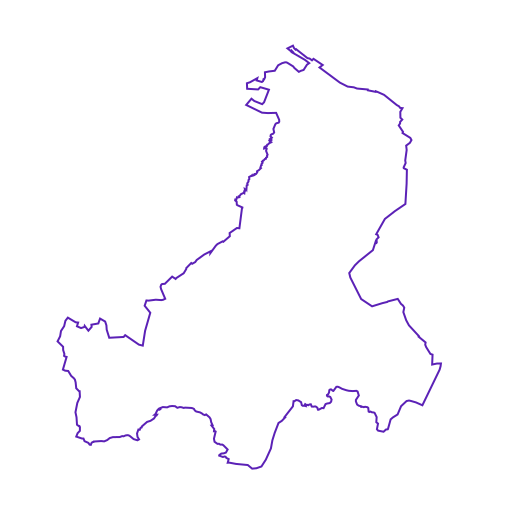 the district of Lūznavas pag., Rezeknes, Latvia, rotated 94°
{"feature_id": "27541924B86453491485354", "entity_name": "Lūznavas pag.", "entity_type": "district", "adm_level": 2, "iso_a3": "LVA", "parent_name": "Latvia", "parent_adm1": "Rezeknes", "projection": "albers", "projection_center": [27.295, 56.354], "detail": "fine", "context": "isolated", "style": "outline", "palette": "violet", "viewbox_px": 512, "rotation_deg": 94, "n_neighbors": 0, "source": "geoboundaries", "source_scale": "gbopen_adm2", "svg_char_len": 6088}
<svg xmlns="http://www.w3.org/2000/svg" viewBox="0 0 512 512"><g transform="rotate(94 256 256)"><path d="M464.2,269.8L464.0,268.3L464.8,261.5L465.1,249.6L468.4,245.0L467.7,240.8L465.6,235.9L458.5,232.0L446.9,227.7L438.7,226.8L431.1,225.0L421.0,221.9L418.7,218.8L415.0,215.7L414.7,216.3L403.4,208.7L398.2,208.4L398.2,207.6L396.9,205.9L397.1,203.7L398.7,200.8L401.6,199.9L402.2,198.8L402.0,197.5L402.2,196.3L401.1,197.0L400.3,196.6L401.3,194.9L400.9,194.2L401.2,193.3L400.4,192.4L400.1,191.0L402.3,189.9L402.3,188.3L401.9,186.5L402.2,185.5L403.1,184.2L405.0,183.5L405.0,182.8L403.0,179.6L403.1,178.0L398.9,176.3L398.2,174.8L397.6,172.2L396.1,170.9L393.9,170.6L391.4,172.1L391.0,173.2L391.1,174.8L390.4,175.5L389.7,175.5L388.9,174.4L387.0,173.6L384.7,173.5L383.9,172.6L383.9,171.6L385.1,170.0L385.2,169.4L380.9,166.7L380.7,165.3L381.2,163.7L382.5,160.9L383.6,156.5L384.0,154.0L384.0,150.1L383.5,146.4L384.1,145.2L388.0,143.7L392.6,146.3L394.1,146.2L397.1,144.8L398.1,143.2L398.6,140.6L399.2,140.5L399.0,138.9L399.3,137.9L398.8,136.7L399.1,134.2L399.8,133.4L403.3,132.8L403.7,132.1L403.2,130.9L403.8,129.6L403.9,127.5L404.3,126.7L408.3,124.4L413.4,124.4L414.7,122.6L420.4,123.3L421.7,122.0L422.4,116.5L420.0,114.2L419.7,112.5L419.4,112.3L409.6,110.3L407.5,108.2L404.2,103.7L395.7,100.8L390.2,95.7L389.5,93.3L389.8,91.3L390.9,86.2L393.3,79.6L356.6,64.9L353.2,64.2L350.3,64.0L350.7,68.2L352.0,72.7L342.1,73.0L341.5,75.2L335.0,79.9L332.7,81.0L330.4,80.8L325.2,88.1L324.7,87.8L314.5,98.6L309.6,101.7L301.7,105.1L297.2,104.5L295.2,105.9L293.6,108.1L288.9,111.6L292.1,121.2L292.7,121.9L294.2,126.6L298.1,136.7L291.6,148.1L270.9,160.4L266.5,161.8L258.4,156.7L254.1,152.9L242.0,139.8L234.3,137.9L234.8,137.7L234.8,136.9L234.1,136.5L231.0,136.9L228.8,135.0L226.4,136.2L225.9,137.6L210.0,130.0L201.4,120.4L193.7,110.6L173.4,110.8L159.4,111.5L158.1,114.7L157.3,114.9L152.8,113.2L150.3,113.8L139.7,113.1L135.4,113.9L132.4,110.4L129.5,109.0L127.4,110.3L123.1,118.4L121.9,118.0L115.8,122.7L113.7,121.5L112.2,121.6L109.7,119.6L108.0,121.6L102.1,122.1L98.3,120.2L98.2,122.5L96.7,123.8L95.6,126.1L86.3,139.5L84.0,145.8L83.3,148.0L83.9,148.1L82.9,156.0L82.1,156.1L81.9,166.9L80.9,170.2L80.6,176.4L77.2,184.4L63.5,205.8L60.8,202.8L55.3,212.4L56.9,213.8L55.3,216.3L55.0,218.5L46.9,230.4L47.4,230.9L45.9,232.6L43.6,233.8L46.7,239.1L49.3,235.4L48.5,235.0L50.0,233.3L50.5,234.0L56.9,220.9L59.9,216.4L61.6,218.5L67.1,221.5L68.2,224.3L69.3,226.1L65.7,230.9L64.3,232.1L61.0,238.3L60.7,239.4L60.8,240.6L61.8,243.4L64.2,247.2L69.9,250.2L71.0,255.9L72.1,259.9L77.0,259.4L79.2,260.2L79.1,260.8L81.1,261.2L82.0,262.3L80.8,267.6L78.5,267.1L83.1,274.1L84.3,277.1L89.8,276.5L89.7,265.5L87.3,263.5L89.2,254.7L102.1,258.7L104.1,260.4L101.5,268.5L99.4,271.5L106.0,276.3L112.6,260.0L112.6,254.1L111.8,245.9L118.5,242.4L120.4,242.2L121.4,242.7L122.2,245.0L123.2,245.9L128.0,247.5L131.5,246.5L132.8,247.4L133.5,249.0L134.2,249.7L135.6,249.9L136.8,248.5L138.0,249.9L138.2,248.8L139.2,248.7L139.5,250.3L140.0,250.7L141.4,248.7L142.0,249.5L142.1,250.3L143.8,251.7L144.2,252.6L145.8,252.9L145.9,254.2L146.9,255.3L148.2,255.4L147.6,253.6L148.3,252.8L150.4,253.3L154.2,251.5L154.9,252.0L156.4,251.8L157.3,252.9L158.3,252.9L158.6,253.9L160.1,255.0L160.5,255.9L161.4,255.9L161.6,256.5L162.7,256.0L163.8,256.9L164.9,256.7L165.1,257.2L167.5,257.8L168.0,257.2L170.2,259.2L171.4,260.9L172.4,260.6L174.1,261.6L174.3,262.8L174.8,262.6L175.4,263.3L175.2,263.8L176.0,264.5L176.2,265.2L175.7,265.5L176.5,266.0L176.4,266.4L177.7,268.4L179.8,268.0L180.8,268.8L182.3,268.7L184.1,269.8L185.6,269.3L186.2,270.2L190.2,270.2L189.8,270.5L190.6,271.1L190.1,271.8L191.5,271.5L191.5,271.9L192.2,272.3L192.6,271.9L194.2,272.0L193.8,272.6L195.5,275.5L197.0,276.3L197.6,277.3L198.5,276.8L199.0,278.5L198.8,279.1L201.2,279.6L201.1,280.6L202.0,280.7L203.2,279.1L206.2,278.7L206.6,278.2L208.8,272.2L208.9,273.3L229.5,274.5L229.4,277.0L234.9,283.9L238.1,283.5L244.1,289.6L243.7,290.3L246.8,295.3L248.5,296.8L256.3,301.7L254.5,301.7L258.1,307.7L264.1,314.9L266.3,316.2L268.2,319.1L267.5,320.1L272.9,324.7L273.9,324.7L278.2,326.9L283.6,334.0L284.5,334.6L282.4,338.2L290.1,345.0L290.5,347.7L291.2,348.5L293.4,349.1L295.8,348.3L305.0,343.6L306.2,345.7L306.6,347.3L306.6,352.9L308.0,360.0L308.0,362.2L313.4,363.6L320.0,357.5L338.3,361.4L353.3,362.7L352.6,366.6L344.1,381.0L346.0,382.4L347.8,396.7L339.9,399.8L335.6,400.4L331.9,401.9L329.3,407.2L334.3,408.6L336.0,415.4L338.2,415.0L342.2,418.0L337.7,422.0L338.7,422.1L340.1,425.5L338.6,429.7L334.8,428.8L334.7,431.3L330.6,439.4L333.9,441.6L339.4,442.5L344.4,445.3L349.8,445.8L355.0,448.0L360.0,442.1L363.3,441.8L367.1,440.3L369.0,440.5L369.5,439.7L369.9,437.9L382.8,440.7L383.7,438.4L383.8,435.3L388.5,432.0L390.7,429.1L392.0,428.0L394.7,427.1L400.5,426.1L403.2,423.1L403.2,422.5L408.9,421.8L415.0,424.0L424.5,425.2L429.4,423.8L436.8,422.8L438.3,420.5L438.1,420.2L439.0,419.7L442.7,419.5L445.2,421.6L448.7,422.7L450.2,416.9L450.1,415.4L452.7,414.1L454.1,410.2L455.8,408.8L455.9,407.6L454.1,407.1L453.1,406.2L452.8,405.0L452.4,404.9L451.4,397.5L451.5,394.5L450.0,391.6L447.8,389.2L446.7,386.2L446.1,379.3L445.0,376.9L445.1,375.5L444.1,373.6L443.7,371.8L443.8,370.5L444.5,369.1L447.2,365.3L448.1,361.4L447.1,359.9L444.7,361.6L441.3,362.3L437.3,361.2L437.5,359.9L435.4,359.1L435.0,358.1L433.9,357.9L429.1,353.1L427.8,349.8L425.2,346.4L422.2,344.8L422.1,344.2L421.2,343.7L421.4,346.0L420.6,345.2L417.0,343.8L415.4,342.5L416.1,341.8L415.5,340.7L414.3,340.9L414.1,340.1L414.7,339.5L413.9,339.9L413.2,338.4L413.2,334.1L412.0,331.8L411.5,329.2L411.5,326.2L412.9,323.9L412.0,321.4L412.1,319.6L412.6,317.5L412.2,316.2L412.1,310.1L412.3,308.6L412.9,307.2L414.3,306.3L415.3,304.8L415.9,301.0L416.8,299.0L417.7,297.8L418.3,295.9L417.5,294.7L420.2,291.1L421.9,289.9L424.9,289.1L427.9,287.5L428.2,288.6L431.5,285.6L433.8,285.7L433.7,284.3L433.9,284.0L441.2,285.2L444.2,284.4L446.1,281.3L445.9,279.8L446.6,278.5L446.5,276.4L447.1,275.3L451.0,270.8L454.2,272.3L455.1,274.4L455.5,276.8L457.1,278.7L457.7,278.8L458.8,275.0L458.2,273.3L458.4,272.3L459.5,271.5L460.5,269.1L464.2,269.8Z" fill="none" stroke="#5b21b6" stroke-width="2"/></g></svg>